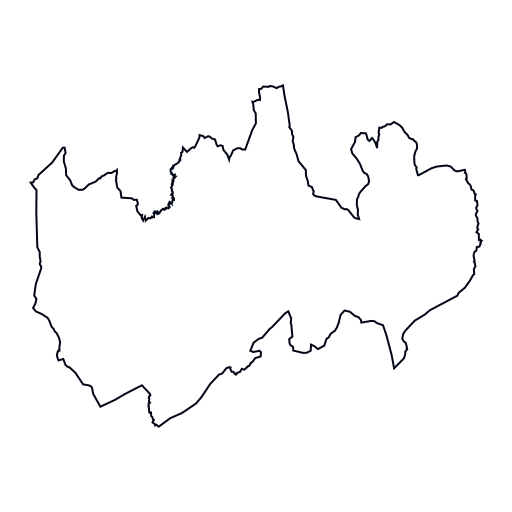 the district of Gomoa East, Central, Ghana
{"feature_id": "2480657B26264719340764", "entity_name": "Gomoa East", "entity_type": "district", "adm_level": 2, "iso_a3": "GHA", "parent_name": "Ghana", "parent_adm1": "Central", "projection": "equal_earth", "projection_center": [-0.589, 5.477], "detail": "fine", "context": "isolated", "style": "outline", "palette": "ink", "viewbox_px": 512, "rotation_deg": 0, "n_neighbors": 0, "source": "geoboundaries", "source_scale": "gbopen_adm2", "svg_char_len": 6048}
<svg xmlns="http://www.w3.org/2000/svg" viewBox="0 0 512 512"><path d="M283.0,85.4L281.4,86.3L278.6,86.8L276.8,88.2L273.1,86.5L269.8,86.0L268.9,86.8L263.1,86.6L261.3,88.8L259.0,89.1L259.0,91.9L260.1,97.8L260.0,100.0L257.8,99.8L253.8,101.8L252.4,101.7L253.2,104.3L253.9,110.4L255.7,113.4L255.9,123.3L252.2,130.2L245.2,149.6L242.0,149.4L240.1,148.2L237.1,148.3L233.2,150.4L230.7,156.0L229.5,157.3L229.1,159.6L227.3,154.6L223.4,149.9L222.6,145.9L220.3,145.3L217.6,146.3L216.5,144.4L215.0,139.4L212.2,138.7L209.5,136.5L208.1,136.3L204.6,138.0L203.3,136.2L199.6,135.1L199.3,137.8L195.1,146.6L194.1,147.8L193.0,147.2L191.6,147.8L187.0,151.9L182.9,147.5L182.5,151.8L181.1,152.8L181.3,155.2L179.5,159.6L179.8,160.4L180.2,159.8L180.2,160.5L179.2,160.9L178.5,162.6L174.1,165.3L173.5,166.5L173.0,166.1L172.6,167.1L173.2,167.7L172.6,168.8L171.7,168.1L170.6,169.3L170.7,171.7L171.6,172.6L171.1,173.7L172.5,174.1L172.7,175.0L173.7,174.9L173.9,175.9L174.8,175.2L174.7,176.5L175.6,176.6L174.7,177.7L173.9,176.6L173.5,176.9L173.4,181.5L173.1,182.0L172.6,181.4L172.8,183.9L172.5,184.8L171.9,184.3L171.8,186.5L171.0,187.6L172.2,189.6L171.8,190.8L172.8,192.2L172.6,193.6L172.1,193.5L171.1,195.0L172.8,195.7L173.0,197.7L174.0,198.4L174.0,199.3L172.6,198.7L173.2,200.3L172.5,200.4L172.0,202.7L171.2,202.8L171.4,203.6L169.6,201.9L168.8,203.5L169.8,203.8L168.3,205.2L169.7,207.1L168.5,208.3L166.5,207.6L166.3,208.3L165.6,208.1L165.5,209.2L164.2,209.8L163.8,208.9L163.0,208.8L160.9,210.5L160.3,211.9L159.3,212.2L159.3,213.3L157.5,214.1L157.3,212.3L156.8,213.0L155.9,212.9L156.0,212.0L155.3,212.4L155.2,211.5L154.4,211.5L154.2,212.6L153.5,213.2L154.2,214.4L154.0,217.2L152.7,217.4L151.9,216.6L150.6,218.3L148.4,218.0L146.0,220.4L146.1,219.3L145.3,218.9L144.9,216.9L143.2,220.6L141.7,218.0L142.1,215.0L140.7,215.4L137.3,211.1L136.2,205.8L137.3,205.3L137.9,203.7L136.8,199.7L133.7,199.9L131.8,198.3L121.4,197.6L120.5,191.1L117.3,187.6L116.3,182.1L115.9,179.8L116.4,178.8L116.0,177.5L117.0,173.1L116.9,170.0L115.8,171.2L114.8,170.9L111.5,173.0L108.1,172.9L106.7,173.5L104.3,175.3L101.4,176.5L100.3,178.4L99.1,178.2L95.6,181.7L88.9,184.4L84.5,188.6L82.5,189.8L78.6,189.8L74.1,187.1L72.2,185.3L70.1,180.2L66.1,175.1L65.9,168.6L63.8,161.3L63.9,155.7L65.6,152.9L64.6,147.7L62.8,147.7L52.2,162.5L38.5,175.0L37.2,178.4L34.6,179.4L33.2,182.3L30.7,182.6L34.0,187.4L36.5,190.1L36.3,212.8L37.3,247.2L39.7,252.0L39.7,256.5L40.6,261.5L39.8,263.1L39.9,264.6L41.1,266.2L41.2,268.3L35.9,283.8L34.2,295.5L36.4,298.9L35.5,303.2L33.1,308.0L35.9,311.4L42.0,314.2L47.6,317.8L49.3,320.7L51.5,326.6L53.8,329.2L54.9,331.7L56.6,333.0L59.0,337.8L60.1,342.3L59.4,347.1L59.4,350.7L58.4,350.6L57.5,352.2L56.9,355.8L58.5,360.4L63.3,359.0L65.3,364.6L67.1,366.4L69.8,367.6L75.4,372.8L83.1,384.4L88.7,385.3L91.0,386.3L92.0,387.7L93.2,393.9L100.4,406.7L114.9,399.9L124.9,394.0L141.9,385.3L149.8,393.7L150.3,394.9L150.2,395.7L149.2,396.2L148.7,398.0L149.4,399.1L148.9,401.2L150.0,402.7L148.5,403.4L148.9,405.0L148.3,406.1L148.8,407.0L149.2,412.0L149.6,412.8L151.0,412.5L151.2,416.1L152.3,417.1L153.0,419.6L153.8,419.9L152.5,422.4L154.8,424.1L155.2,425.4L156.2,424.7L158.9,426.6L170.2,418.2L182.0,413.0L195.9,403.6L201.3,397.3L210.4,383.7L219.1,374.5L222.1,373.6L226.3,368.3L228.8,367.2L230.5,367.5L230.1,368.5L231.7,371.7L233.6,371.9L234.7,373.9L236.0,374.6L236.5,374.2L236.5,373.2L240.1,371.8L241.8,368.8L244.2,369.7L247.0,367.4L247.2,366.7L249.1,366.0L250.8,362.9L252.2,362.2L255.2,358.1L260.6,356.5L261.0,352.4L259.6,350.8L253.3,352.0L250.3,350.8L253.6,342.7L258.8,338.8L262.1,337.8L269.8,328.8L272.0,327.1L285.3,313.2L288.3,311.3L291.2,318.5L290.7,323.0L291.3,324.5L292.4,336.6L289.2,339.1L289.6,343.5L290.9,345.5L293.1,346.8L293.2,350.5L302.6,352.8L306.7,352.8L310.7,350.7L311.0,344.6L314.6,346.3L317.9,349.1L324.2,345.7L326.6,338.7L328.7,337.4L330.7,333.7L334.7,330.9L336.7,328.0L338.5,323.3L340.6,314.9L344.6,310.5L350.0,311.8L354.7,315.8L358.5,317.2L360.8,319.8L361.4,322.6L371.2,320.9L374.3,321.2L377.4,323.3L383.0,325.2L386.5,335.5L391.7,355.3L394.1,368.3L403.9,358.4L405.3,354.0L405.2,351.7L407.2,349.3L406.6,348.3L406.9,347.3L405.7,342.8L404.0,341.6L402.2,338.8L403.3,333.8L405.3,330.7L414.7,320.7L424.7,314.6L430.1,310.1L457.3,295.7L458.7,292.8L464.9,287.7L469.9,280.7L473.1,275.0L474.2,274.2L473.9,269.0L475.4,266.2L474.5,262.0L474.0,261.7L474.6,260.9L473.6,255.8L473.8,254.0L474.8,251.5L476.3,250.7L476.9,247.0L479.4,246.6L480.8,243.3L480.4,242.9L480.6,242.0L481.3,241.2L480.7,241.2L481.0,240.5L480.6,239.6L478.9,239.9L478.8,234.0L476.5,232.2L478.2,229.5L477.4,228.5L477.4,226.7L478.5,223.5L477.8,222.3L477.2,217.7L475.9,215.7L475.8,214.2L477.5,211.0L476.5,209.4L476.1,207.8L477.5,205.3L477.0,201.1L475.2,200.5L475.1,196.3L475.6,194.6L475.1,194.7L473.5,190.5L471.6,189.6L470.6,185.8L469.6,184.2L468.2,183.3L465.9,179.1L466.7,178.4L466.5,174.7L465.8,173.2L464.9,172.8L465.3,171.6L464.8,169.8L457.3,171.4L454.4,170.4L450.8,166.6L446.6,165.5L437.2,166.5L431.8,168.1L418.5,175.3L417.9,175.1L416.2,168.9L416.7,167.6L414.7,164.6L414.3,161.6L414.2,156.1L415.5,151.2L417.1,148.5L416.9,143.8L415.6,141.7L414.4,141.1L412.9,139.1L412.0,139.3L409.0,137.8L407.8,135.3L404.4,131.7L402.2,127.7L399.6,125.2L394.0,122.0L390.7,124.4L387.1,124.3L385.2,126.1L382.5,127.0L381.7,127.9L379.3,127.6L378.6,133.0L379.2,134.3L378.4,137.5L378.5,139.7L377.3,141.8L377.1,148.1L375.5,143.0L372.6,138.5L372.0,138.0L369.4,141.0L367.7,139.5L366.0,133.4L360.8,133.0L359.1,135.3L355.6,137.2L355.0,141.9L351.1,149.2L352.3,153.4L357.1,159.2L360.0,164.0L362.8,171.0L364.4,173.0L366.6,173.9L368.2,176.5L369.1,181.4L368.1,184.2L365.5,186.1L360.5,191.8L358.8,194.3L358.4,196.5L357.0,199.3L356.8,205.0L358.0,210.0L357.7,214.4L359.1,219.0L355.8,218.3L354.2,217.5L348.2,210.0L346.6,209.1L344.7,209.3L341.4,207.7L335.9,199.9L316.4,196.4L314.4,195.6L313.1,194.1L313.7,191.6L311.8,187.0L308.5,185.6L307.7,180.8L306.0,175.8L305.8,170.0L298.5,161.2L296.6,154.2L294.1,148.4L293.8,144.5L292.7,141.3L293.4,136.8L292.1,134.2L291.9,130.7L289.3,127.2L289.7,125.2L287.8,111.8L284.4,95.2L283.0,85.4Z" fill="none" stroke="#020617" stroke-width="2"/></svg>